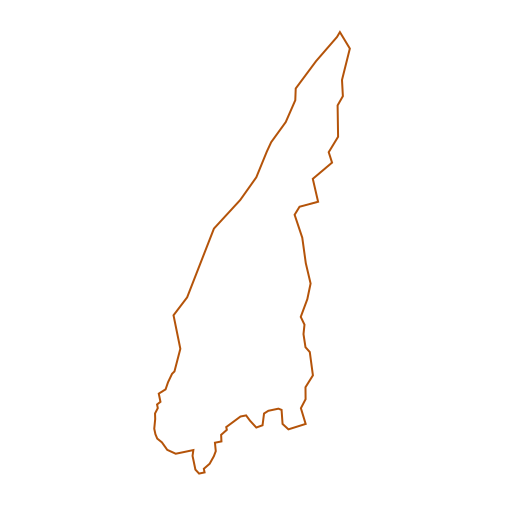 Akdarya, Samarkand, Uzbekistan (Albers equal-area conic projection), rotated 257°
{"feature_id": "79887680B91755073573876", "entity_name": "Akdarya", "entity_type": "district", "adm_level": 2, "iso_a3": "UZB", "parent_name": "Uzbekistan", "parent_adm1": "Samarkand", "projection": "albers", "projection_center": [66.738, 39.79], "detail": "fine", "context": "isolated", "style": "outline", "palette": "amber", "viewbox_px": 512, "rotation_deg": 257, "n_neighbors": 0, "source": "geoboundaries", "source_scale": "gbopen_adm2", "svg_char_len": 1136}
<svg xmlns="http://www.w3.org/2000/svg" viewBox="0 0 512 512"><g transform="rotate(257 256 256)"><path d="M237.8,302.9L263.4,305.2L287.5,302.9L294.2,309.5L294.9,328.7L318.4,328.7L329.9,351.1L340.8,350.2L353.7,362.8L384.4,369.4L392.2,376.6L408.2,379.4L437.0,394.1L455.3,388.1L451.2,384.2L432.4,358.4L410.3,332.4L398.9,329.3L379.8,315.1L363.5,296.4L355.4,290.1L332.6,274.0L314.1,253.2L292.2,221.2L231.2,179.6L216.8,162.3L182.6,161.4L161.9,150.6L160.1,147.7L152.8,141.9L146.4,137.9L143.8,130.3L135.4,130.1L133.6,126.2L129.9,126.1L125.3,122.2L119.8,121.1L110.6,118.0L105.0,117.9L100.3,118.7L95.6,122.4L87.1,125.9L81.4,133.3L81.2,140.9L81.0,151.3L75.5,149.2L69.9,149.1L61.5,148.9L56.8,151.6L56.7,157.2L60.4,157.3L64.0,164.1L70.4,169.9L74.9,172.9L83.3,174.0L83.1,180.6L89.6,181.8L93.2,188.5L96.0,188.5L103.1,204.8L102.9,210.5L96.9,213.1L88.8,217.7L89.6,224.3L100.7,228.4L102.4,233.2L102.2,243.5L100.3,246.3L86.4,244.1L79.8,248.6L81.2,266.6L97.6,265.5L105.3,272.1L117.0,274.7L126.9,284.6L150.3,286.8L156.0,283.7L169.2,284.7L178.2,287.8L186.6,285.9L202.4,296.3L216.9,303.0L237.8,302.9Z" fill="none" stroke="#b45309" stroke-width="2"/></g></svg>